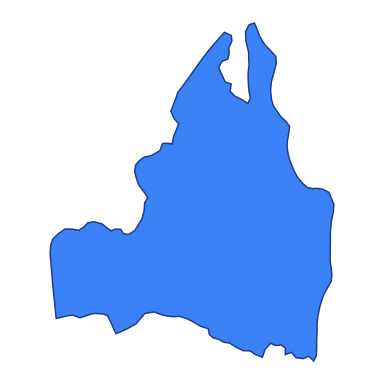 the district of João Pessoa, Paraíba, Brazil
{"feature_id": "56859067B31395932343468", "entity_name": "João Pessoa", "entity_type": "district", "adm_level": 2, "iso_a3": "BRA", "parent_name": "Brazil", "parent_adm1": "Paraíba", "projection": "natural_earth1", "projection_center": [-34.87, -7.147], "detail": "fine", "context": "isolated", "style": "filled", "palette": "blue", "viewbox_px": 384, "rotation_deg": 0, "n_neighbors": 0, "source": "geoboundaries", "source_scale": "gbopen_adm2", "svg_char_len": 2146}
<svg xmlns="http://www.w3.org/2000/svg" viewBox="0 0 384 384"><path d="M101.9,223.8L93.6,221.7L87.7,222.9L84.2,226.7L78.6,230.4L72.1,229.1L65.1,229.0L58.2,233.9L52.9,238.9L50.7,245.0L50.2,253.6L52.9,286.1L56.2,318.4L62.0,317.1L67.4,315.8L73.2,315.1L79.6,317.8L84.7,316.3L89.3,314.6L94.4,313.4L102.6,313.9L107.4,315.4L111.0,322.6L113.7,328.9L116.1,333.7L125.9,329.4L130.8,326.8L136.1,323.8L139.6,319.5L144.9,313.4L154.2,312.0L161.7,314.8L167.5,316.1L173.4,316.7L179.3,316.3L186.2,318.4L192.6,321.5L200.4,326.2L208.2,328.7L209.4,334.5L213.1,337.8L218.7,339.3L223.7,342.2L229.4,343.0L236.9,347.6L243.6,350.8L249.9,350.8L255.7,354.6L262.4,357.2L265.1,349.3L270.7,343.3L275.6,345.6L280.9,344.8L285.4,347.8L285.3,354.6L291.4,352.3L296.1,357.8L303.4,358.6L308.7,356.1L313.6,361.0L316.4,355.5L316.6,348.5L316.7,338.9L317.1,330.2L317.1,322.8L317.8,316.3L320.1,305.6L321.6,300.6L323.4,295.4L327.2,288.2L331.2,281.3L331.9,274.6L331.1,267.8L330.3,262.3L330.1,254.5L330.3,243.5L330.4,232.8L331.2,222.1L333.3,212.2L333.8,204.3L329.1,192.5L322.8,189.3L317.4,188.4L312.4,188.6L306.9,187.3L301.9,182.6L297.2,176.9L293.4,169.6L289.9,160.6L288.3,154.7L287.1,147.5L287.2,142.0L288.6,133.8L289.6,126.3L286.4,122.0L280.6,116.5L276.2,110.1L273.3,105.8L271.4,99.0L270.6,90.1L271.4,81.7L274.4,70.6L276.2,63.7L275.9,56.4L270.7,50.8L264.6,44.5L259.4,35.8L256.9,28.6L254.4,23.0L249.2,24.7L245.6,31.5L245.9,40.8L247.1,46.3L248.6,52.1L248.7,58.5L249.1,65.2L248.2,71.3L248.1,76.7L248.4,83.7L248.9,90.6L250.4,98.0L247.9,103.4L241.9,99.7L235.0,96.2L230.1,91.3L231.2,84.0L225.1,81.9L221.9,74.7L218.7,67.7L221.9,61.4L227.8,59.1L229.1,53.9L228.9,47.7L231.9,41.0L231.3,35.5L224.4,32.3L208.7,50.3L198.6,63.7L194.6,69.5L185.9,81.7L177.7,92.7L175.8,98.5L170.9,111.2L174.2,118.8L178.7,123.7L176.4,129.8L173.7,136.2L172.1,144.1L167.6,143.2L162.6,143.5L159.9,150.6L155.4,153.3L150.7,155.9L144.1,157.1L139.2,160.8L135.7,164.9L134.6,171.7L136.7,179.3L138.9,185.2L143.7,191.5L147.7,197.6L144.7,202.8L144.1,210.8L142.1,218.6L137.9,225.5L134.9,230.4L128.7,234.5L123.4,233.7L120.7,229.3L115.4,229.1L111.2,230.8L106.4,227.5L101.9,223.8Z" fill="#3b82f6" stroke="#1e3a8a" stroke-width="1.5"/></svg>